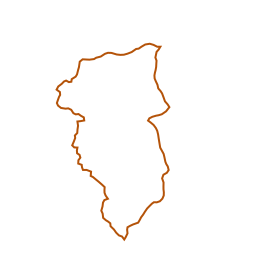 outline of Ubarana, São Paulo, Brazil, rotated 139°
{"feature_id": "56859067B24537762234151", "entity_name": "Ubarana", "entity_type": "district", "adm_level": 2, "iso_a3": "BRA", "parent_name": "Brazil", "parent_adm1": "São Paulo", "projection": "robinson", "projection_center": [-49.743, -21.216], "detail": "fine", "context": "isolated", "style": "outline", "palette": "amber", "viewbox_px": 256, "rotation_deg": 139, "n_neighbors": 0, "source": "geoboundaries", "source_scale": "gbopen_adm2", "svg_char_len": 2051}
<svg xmlns="http://www.w3.org/2000/svg" viewBox="0 0 256 256"><g transform="rotate(139 128 128)"><path d="M187.6,116.3L186.6,113.9L186.1,110.7L185.4,106.7L184.8,102.4L184.4,98.7L186.5,96.6L188.2,94.5L189.2,91.7L189.6,87.8L193.1,89.1L195.8,88.1L198.7,85.5L202.4,83.1L203.3,80.0L205.7,76.5L205.2,72.9L204.4,70.4L203.9,67.7L205.6,65.3L205.2,60.7L205.6,56.7L205.3,52.9L203.7,50.0L204.0,46.3L201.7,47.0L197.5,48.8L195.4,51.8L193.5,53.4L190.7,52.8L187.5,51.9L182.4,49.9L179.2,51.0L176.7,52.0L173.4,52.7L170.2,53.7L166.3,54.7L162.7,55.0L159.5,55.2L157.2,55.0L155.0,53.0L152.0,51.8L148.4,52.1L145.3,53.6L143.1,56.0L141.4,58.5L139.6,60.6L136.9,63.6L135.3,67.6L131.9,69.5L128.1,68.7L124.9,69.6L123.2,72.9L122.8,75.5L122.0,77.9L119.5,82.4L118.1,85.1L117.5,87.8L116.6,92.0L114.1,96.1L111.8,99.8L109.5,103.4L107.8,106.7L107.0,109.7L106.7,113.5L107.3,117.3L108.0,120.4L105.6,121.3L102.3,120.5L98.6,118.8L96.6,117.6L93.5,116.2L88.3,115.6L83.1,116.6L82.6,119.7L82.6,123.9L81.1,127.7L79.6,131.7L79.2,134.5L79.2,138.0L77.4,141.3L76.3,145.2L75.4,147.9L73.6,150.3L71.5,152.0L69.3,153.5L66.7,155.6L64.3,158.1L62.3,160.1L61.1,163.2L56.5,166.7L53.4,167.1L50.3,168.1L52.6,170.1L54.2,174.0L56.3,177.3L60.2,179.7L64.4,180.5L67.9,180.9L70.0,182.3L75.4,182.9L79.6,184.4L83.0,186.0L85.8,188.2L88.3,190.9L91.2,195.5L93.8,197.9L96.7,199.1L101.7,199.8L105.9,201.9L108.4,202.3L112.3,204.9L117.2,209.6L120.9,209.7L125.1,206.1L127.6,204.5L131.3,201.9L133.8,201.1L138.4,201.8L140.4,200.1L142.5,201.4L143.6,204.4L145.8,205.1L149.0,204.8L153.4,205.1L156.7,203.8L155.8,199.8L157.5,197.5L159.7,196.7L162.9,194.9L165.3,193.5L166.1,190.8L165.4,187.1L162.5,183.6L160.2,182.0L158.9,179.0L159.5,175.0L158.5,172.6L156.2,171.0L155.5,168.0L154.4,165.0L156.1,162.4L159.6,164.5L161.9,166.1L164.2,162.5L167.1,160.0L169.6,157.5L173.0,157.2L174.4,155.1L177.8,153.3L181.5,151.5L181.3,148.6L179.0,146.4L181.3,144.6L183.0,142.3L182.2,139.5L183.4,136.9L186.6,136.2L188.9,133.8L187.1,130.6L188.5,128.5L189.5,125.9L186.8,123.6L184.5,119.3L187.6,116.3Z" fill="none" stroke="#b45309" stroke-width="2"/></g></svg>